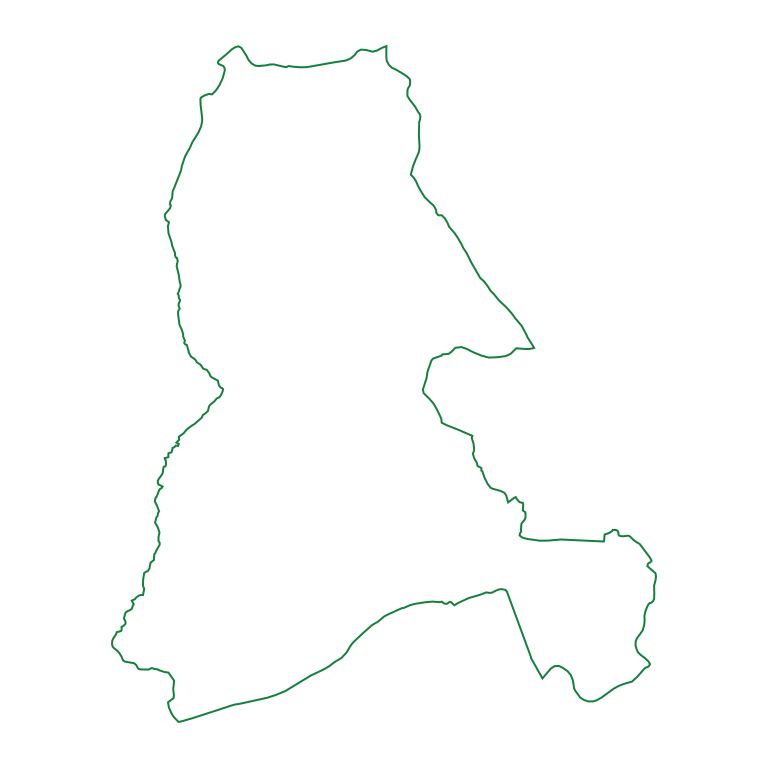 Svay Chrum, Svay Rieng, Cambodia
{"feature_id": "14789045B97733863188211", "entity_name": "Svay Chrum", "entity_type": "district", "adm_level": 2, "iso_a3": "KHM", "parent_name": "Cambodia", "parent_adm1": "Svay Rieng", "projection": "robinson", "projection_center": [105.695, 11.124], "detail": "fine", "context": "isolated", "style": "outline", "palette": "green", "viewbox_px": 768, "rotation_deg": 0, "n_neighbors": 0, "source": "geoboundaries", "source_scale": "gbopen_adm2", "svg_char_len": 6068}
<svg xmlns="http://www.w3.org/2000/svg" viewBox="0 0 768 768"><path d="M178.5,721.9L180.5,721.6L192.5,718.2L233.7,704.8L241.2,703.5L267.0,697.8L275.2,695.2L285.4,691.0L310.9,675.5L324.2,669.2L329.2,666.2L334.5,662.1L341.4,658.0L346.7,652.4L349.7,647.1L352.0,643.8L354.0,641.6L362.8,633.3L372.2,625.0L378.1,621.6L384.1,616.5L388.1,614.4L401.6,608.3L403.9,607.9L410.1,605.1L414.7,603.9L424.8,602.3L432.5,601.6L440.1,602.2L441.7,601.6L443.9,603.3L446.2,603.9L448.1,603.1L449.3,602.1L450.7,601.9L454.4,605.3L457.8,603.1L468.9,598.0L480.0,594.8L486.3,592.4L489.3,592.9L492.1,592.6L496.8,590.2L500.1,589.2L502.1,589.2L505.4,589.9L506.8,591.3L530.9,656.9L531.1,658.2L542.5,678.4L550.8,668.6L554.4,666.2L558.9,665.9L562.6,667.7L567.6,671.2L570.9,675.2L573.0,680.8L574.1,688.4L575.3,690.8L580.2,697.5L584.0,700.0L588.2,701.4L593.3,701.4L596.7,700.3L601.6,697.5L613.8,688.6L618.4,686.1L623.6,684.0L632.0,681.6L637.7,676.4L643.5,669.6L645.8,667.5L647.7,667.0L649.0,665.9L650.0,664.1L648.4,661.3L644.5,657.8L640.5,654.8L637.9,652.1L636.5,649.1L635.5,645.0L635.8,641.0L636.9,638.4L642.7,630.4L644.3,624.5L644.6,619.7L644.4,615.8L645.5,611.1L646.9,607.4L648.3,604.6L649.6,603.1L650.9,603.0L653.2,601.0L654.1,598.9L654.3,593.5L654.1,585.7L655.5,580.3L656.0,576.4L655.5,573.3L647.4,566.2L647.9,564.0L648.6,563.0L650.3,562.4L651.5,560.8L650.8,559.1L649.1,556.4L639.6,543.9L636.2,542.0L633.7,540.1L629.8,536.3L628.1,535.7L623.1,536.3L620.8,536.1L619.0,535.5L618.4,533.9L618.4,532.6L617.6,530.8L615.9,530.0L612.7,529.9L612.0,531.2L609.3,532.9L604.7,534.5L603.9,541.5L560.7,539.5L548.1,540.6L539.9,540.7L527.6,539.0L522.6,537.7L519.6,535.5L519.9,533.5L521.1,531.6L521.0,529.1L521.4,523.8L524.8,519.5L525.6,516.8L525.4,512.4L522.8,510.4L523.2,505.8L522.9,503.0L519.5,502.1L516.5,498.7L515.7,497.1L514.1,497.9L508.2,502.4L506.2,495.4L504.3,492.7L500.2,490.8L492.8,488.8L490.6,487.8L487.6,483.8L484.5,477.7L482.4,471.3L481.4,470.7L481.3,468.0L477.5,465.9L476.8,462.7L474.3,458.4L472.9,453.8L474.2,449.9L473.5,443.4L471.7,437.9L472.4,435.9L458.4,429.8L446.2,425.0L441.7,422.7L441.3,419.0L440.4,416.7L437.1,409.8L433.6,403.7L429.5,398.9L423.7,393.2L422.9,389.5L426.6,378.0L427.3,372.7L427.9,370.5L431.5,360.4L433.3,358.5L441.6,355.6L442.3,354.4L448.6,353.9L451.4,351.8L455.4,347.8L461.6,347.1L467.1,349.1L473.6,352.4L480.9,355.4L488.8,357.6L497.7,357.2L505.7,356.1L510.7,353.8L516.3,348.3L525.8,349.0L529.9,348.9L534.1,348.0L532.9,345.8L527.5,337.3L526.6,335.1L521.8,326.0L515.6,318.7L511.4,313.0L505.8,306.8L499.3,300.8L493.7,293.9L490.6,290.9L487.7,286.2L484.3,281.7L480.2,277.9L471.0,262.0L466.8,253.3L463.5,248.4L461.2,243.7L457.9,238.0L454.4,232.9L449.1,226.8L447.7,223.3L444.9,218.4L441.7,215.2L439.4,215.4L438.2,215.1L436.3,212.8L436.2,210.6L434.7,207.2L433.0,204.9L430.6,203.0L424.6,197.1L420.0,189.6L418.2,186.2L416.1,181.5L414.1,178.2L410.8,174.6L413.1,166.0L415.6,159.6L418.7,152.6L419.3,149.7L419.5,146.0L418.9,135.3L419.2,122.0L420.1,119.4L420.4,116.2L419.7,114.0L418.1,111.9L415.1,106.7L409.7,99.7L407.4,95.9L407.5,90.0L408.1,88.2L409.9,85.3L410.2,81.5L409.8,79.2L406.9,76.4L404.2,74.5L396.3,69.8L391.6,67.6L388.8,64.7L386.7,60.7L386.3,56.4L386.4,46.1L381.9,47.9L376.9,50.6L372.7,51.7L366.1,50.0L361.1,49.6L357.3,51.5L354.8,54.9L350.9,58.3L345.7,60.6L335.5,62.1L307.1,67.1L300.8,67.3L293.0,66.7L288.6,66.0L286.4,67.1L284.8,67.0L273.8,64.4L269.7,64.5L266.5,65.3L258.9,66.0L255.5,65.7L251.6,63.5L248.4,59.7L246.4,55.7L241.3,47.8L238.3,46.3L234.8,47.4L231.5,49.6L226.3,54.4L218.5,60.8L217.9,62.7L218.5,63.9L223.2,66.0L224.5,67.7L224.8,70.5L222.6,78.4L219.7,84.6L217.3,88.5L215.1,91.4L211.9,94.4L208.9,93.9L204.7,95.4L201.2,97.4L200.4,98.9L200.6,104.8L202.1,117.5L202.2,121.1L201.1,126.4L198.4,132.6L192.3,142.3L189.9,147.8L185.1,156.3L181.8,166.2L181.0,170.6L174.1,188.1L172.7,191.1L172.1,198.1L170.3,201.5L170.0,204.4L170.8,205.4L170.1,208.2L164.9,214.4L164.9,216.7L165.9,220.0L168.9,222.1L168.6,223.9L167.9,226.0L168.5,233.2L171.6,242.4L172.2,245.9L175.0,253.0L175.1,255.6L175.8,257.4L177.0,258.0L177.7,261.2L176.6,266.0L178.7,274.7L179.8,282.2L180.5,284.6L180.6,286.5L179.2,290.0L178.8,291.7L177.7,293.9L178.7,295.3L178.9,298.2L180.1,300.1L179.7,301.6L178.9,303.1L178.5,305.3L179.4,307.6L179.6,308.8L178.3,310.9L178.0,312.8L178.2,314.9L179.5,324.9L181.6,329.2L183.1,334.0L183.2,336.6L184.9,340.7L184.2,342.9L185.2,344.3L186.9,345.1L188.7,351.5L188.9,352.9L191.1,356.7L195.2,359.5L197.1,362.5L200.6,364.7L203.1,368.6L206.9,370.0L209.3,373.3L210.2,375.8L211.5,377.2L217.8,380.6L219.0,385.5L220.8,387.7L222.3,388.3L223.1,389.1L222.5,391.6L221.1,394.8L219.5,397.2L216.8,398.4L214.0,401.7L210.2,404.7L209.1,406.2L208.0,410.8L205.6,413.2L202.9,415.0L201.6,417.8L194.7,423.9L192.3,425.3L186.8,429.4L183.8,433.1L178.8,436.8L179.1,439.9L176.4,442.5L178.8,444.0L178.1,445.9L175.7,445.6L174.8,446.8L172.5,448.1L172.3,449.7L171.5,452.3L168.4,453.3L168.3,457.2L164.7,458.1L165.0,459.6L165.9,460.7L166.0,464.5L165.4,466.3L163.7,466.8L163.0,470.0L163.1,471.5L162.3,474.1L158.5,479.3L157.9,480.8L157.8,482.3L158.4,484.4L162.6,486.5L161.4,488.3L159.8,489.1L159.1,490.3L156.7,496.6L155.6,497.7L154.8,501.3L157.2,506.2L159.1,511.4L158.3,512.5L157.4,516.3L156.6,517.1L156.1,518.2L155.1,522.7L157.8,527.4L159.5,532.5L158.5,537.1L158.5,540.9L159.7,542.8L159.6,544.8L156.2,550.8L155.2,553.3L154.3,554.1L153.9,560.0L150.6,562.7L149.4,568.5L147.8,571.1L145.8,571.8L144.1,573.3L143.1,580.1L143.0,585.8L144.2,588.9L143.0,595.0L140.9,594.9L138.6,595.8L136.4,597.3L135.0,599.1L131.8,600.6L133.7,604.3L132.8,605.8L131.8,608.8L129.5,610.5L128.3,610.7L125.6,612.6L124.1,617.5L124.1,619.1L124.8,620.0L125.5,621.8L125.5,623.7L124.1,625.4L121.5,627.0L121.7,629.4L121.0,631.1L116.9,632.1L115.8,634.6L113.3,638.4L112.3,640.6L112.0,644.0L112.6,646.6L113.8,648.0L117.1,650.6L119.2,652.9L121.4,656.4L123.1,660.4L124.9,661.6L134.1,663.2L136.1,664.9L138.4,668.8L140.1,669.4L148.5,669.6L151.9,668.0L154.7,669.1L157.0,669.2L159.6,670.4L164.5,672.0L168.5,672.6L174.1,680.7L173.2,689.5L173.9,695.1L173.6,698.1L168.0,702.3L168.9,707.5L171.4,713.2L173.4,716.5L178.5,721.9Z" fill="none" stroke="#15803d" stroke-width="2"/></svg>